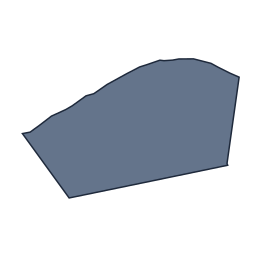 Georgeville, Castries, Saint Lucia, rotated 187°
{"feature_id": "8701671B52064180240109", "entity_name": "Georgeville", "entity_type": "district", "adm_level": 2, "iso_a3": "LCA", "parent_name": "Saint Lucia", "parent_adm1": "Castries", "projection": "robinson", "projection_center": [-60.984, 14.013], "detail": "fine", "context": "isolated", "style": "filled", "palette": "slate", "viewbox_px": 256, "rotation_deg": 187, "n_neighbors": 0, "source": "geoboundaries", "source_scale": "gbopen_adm2", "svg_char_len": 481}
<svg xmlns="http://www.w3.org/2000/svg" viewBox="0 0 256 256"><g transform="rotate(187 128 128)"><path d="M80.9,84.1L24.5,103.2L25.4,104.9L23.9,192.0L33.9,195.0L45.7,199.2L53.5,202.3L71.4,204.6L86.0,202.7L92.1,200.8L100.5,199.2L104.6,199.2L117.1,193.1L123.9,190.0L135.7,181.9L154.0,168.7L166.1,157.9L173.6,154.8L186.1,143.2L192.2,138.6L205.4,130.5L217.2,118.9L220.6,115.8L224.6,112.0L232.1,109.6L177.9,51.4L80.9,84.1Z" fill="#64748b" stroke="#1e293b" stroke-width="1.5"/></g></svg>